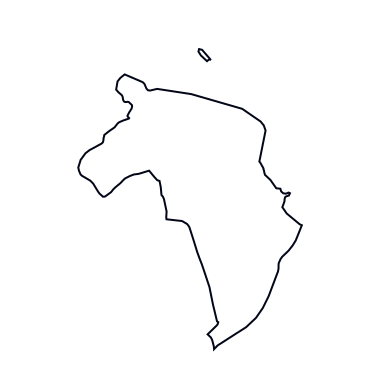 the Province of Groningen, rotated 25°
{"feature_id": "NLD-897", "entity_name": "Groningen", "entity_type": "Province", "adm_level": 1, "iso_a3": "NLD", "parent_name": "Netherlands", "parent_adm1": "", "projection": "mercator", "projection_center": [6.616, 53.2], "detail": "fine", "context": "isolated", "style": "outline", "palette": "ink", "viewbox_px": 384, "rotation_deg": 25, "n_neighbors": 0, "source": "natural_earth", "source_scale": "10m", "svg_char_len": 2023}
<svg xmlns="http://www.w3.org/2000/svg" viewBox="0 0 384 384"><g transform="rotate(25 192 192)"><path d="M305.6,175.7L306.2,186.3L306.5,192.2L305.8,198.0L304.3,204.4L301.1,212.6L300.6,215.6L300.7,220.0L301.6,222.3L302.6,224.3L303.5,227.5L305.5,254.0L305.2,267.3L303.2,279.0L298.3,291.4L280.1,320.2L278.4,325.1L278.3,324.9L277.1,322.8L273.0,317.8L270.7,315.9L266.3,314.4L271.0,302.0L271.1,300.5L270.8,298.9L269.3,298.6L258.4,284.9L248.0,270.8L239.4,261.7L231.6,253.5L227.4,249.5L222.2,244.3L212.4,233.5L204.6,225.1L203.3,224.2L201.2,223.1L195.3,222.5L181.6,227.1L180.4,227.5L180.0,226.7L179.5,226.2L177.2,220.4L169.6,210.3L167.3,208.3L166.0,207.9L165.4,207.3L161.7,200.9L157.9,195.7L155.5,196.0L151.5,194.3L144.1,190.8L136.0,198.1L131.9,200.7L129.0,203.7L125.6,208.0L124.2,211.6L124.0,212.5L123.3,214.4L120.5,220.3L119.6,222.7L118.7,226.4L115.1,232.9L113.4,233.9L108.8,232.5L106.8,231.4L98.8,226.1L95.0,224.7L85.5,223.8L83.6,223.2L80.6,220.5L78.6,217.9L77.5,209.9L79.1,201.9L81.4,197.4L89.6,186.3L90.2,184.8L90.1,183.8L89.9,182.7L89.5,181.6L89.1,180.7L88.9,179.1L88.4,177.4L91.2,171.8L94.5,166.2L95.6,161.4L96.4,159.7L99.5,156.2L103.2,152.7L103.8,152.0L103.8,151.6L102.3,151.0L101.7,150.7L101.3,150.2L101.4,146.6L102.0,141.9L101.6,139.9L100.8,138.6L96.7,137.2L96.0,137.3L95.3,137.6L94.1,138.4L93.3,138.7L92.6,138.8L92.0,138.6L91.2,138.1L90.3,137.1L89.0,135.2L88.2,134.4L87.4,133.9L83.2,132.7L80.0,131.3L77.8,123.2L78.9,118.7L81.3,113.9L100.9,113.3L103.2,114.1L107.1,117.6L109.2,118.4L111.1,117.8L116.8,113.3L149.9,103.6L202.3,95.4L224.3,99.1L228.9,101.3L232.7,105.2L240.2,136.0L241.4,136.5L246.8,140.4L247.2,141.3L248.2,142.1L249.3,143.8L250.9,145.6L257.9,147.9L266.8,153.0L270.7,151.7L272.6,153.8L275.3,154.6L277.9,153.8L279.8,151.7L281.3,151.7L281.3,154.2L279.6,155.8L278.7,156.9L278.7,158.5L279.8,161.6L280.3,167.6L287.0,171.5L303.1,175.7L305.6,175.7ZM138.0,59.5L141.1,58.9L153.4,64.4L152.4,64.3L151.6,64.8L150.9,65.7L150.3,67.1L142.4,64.5L138.5,62.0L138.0,59.5Z" fill="none" stroke="#020617" stroke-width="2"/></g></svg>